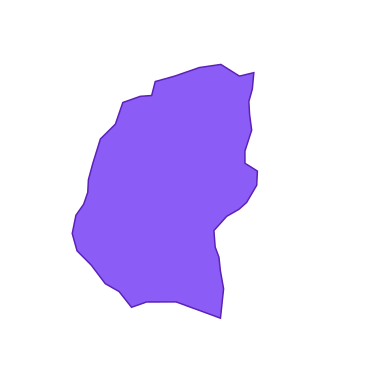 Linou, Nicosia, Cyprus (Albers equal-area conic projection), rotated 138°
{"feature_id": "46923920B61720062034579", "entity_name": "Linou", "entity_type": "district", "adm_level": 2, "iso_a3": "CYP", "parent_name": "Cyprus", "parent_adm1": "Nicosia", "projection": "albers", "projection_center": [32.903, 35.079], "detail": "fine", "context": "isolated", "style": "filled", "palette": "violet", "viewbox_px": 384, "rotation_deg": 138, "n_neighbors": 0, "source": "geoboundaries", "source_scale": "gbopen_adm2", "svg_char_len": 666}
<svg xmlns="http://www.w3.org/2000/svg" viewBox="0 0 384 384"><g transform="rotate(138 192 192)"><path d="M233.3,98.9L223.6,114.5L215.6,125.5L211.6,135.6L201.5,148.7L182.5,150.7L168.4,147.7L158.4,147.7L139.4,153.7L129.4,163.8L133.4,177.9L125.3,187.0L106.3,198.0L97.3,211.1L89.2,221.2L78.2,228.2L66.2,239.3L79.2,246.4L85.2,267.5L103.3,279.6L127.3,289.7L145.4,298.7L157.4,290.7L166.4,297.7L183.5,304.8L203.5,293.7L224.6,292.7L246.6,279.6L260.7,270.5L269.7,261.5L280.7,255.4L293.8,252.4L308.8,241.3L316.8,225.2L315.8,205.1L317.8,181.9L312.8,166.8L314.1,146.8L299.4,140.7L277.4,121.0L255.3,79.2L233.3,98.9Z" fill="#8b5cf6" stroke="#5b21b6" stroke-width="1.5"/></g></svg>